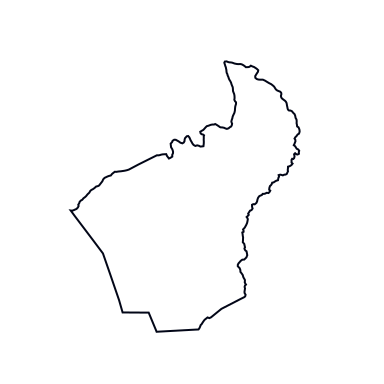 Maracás, Bahia, Brazil (Albers equal-area conic projection), rotated 209°
{"feature_id": "56859067B13324935934873", "entity_name": "Maracás", "entity_type": "district", "adm_level": 2, "iso_a3": "BRA", "parent_name": "Brazil", "parent_adm1": "Bahia", "projection": "albers", "projection_center": [-40.57, -13.536], "detail": "fine", "context": "isolated", "style": "outline", "palette": "ink", "viewbox_px": 384, "rotation_deg": 209, "n_neighbors": 0, "source": "geoboundaries", "source_scale": "gbopen_adm2", "svg_char_len": 5065}
<svg xmlns="http://www.w3.org/2000/svg" viewBox="0 0 384 384"><g transform="rotate(209 192 192)"><path d="M143.8,311.1L145.3,311.0L146.6,310.3L148.0,310.6L148.9,311.4L149.7,312.4L150.7,313.5L151.7,314.8L152.6,315.8L153.7,316.5L154.9,316.9L156.6,317.1L158.5,317.4L159.7,317.9L160.8,319.1L161.3,321.0L162.1,322.0L163.4,322.5L165.0,322.3L166.7,322.1L168.4,322.4L169.5,323.0L171.3,324.0L173.1,324.4L175.0,324.7L177.3,324.6L180.2,324.7L182.2,324.8L184.5,324.6L186.0,323.8L187.2,323.1L188.6,322.5L190.2,322.2L192.0,322.6L192.9,324.0L192.8,326.8L192.6,329.1L193.1,330.6L194.4,331.0L195.6,331.2L198.3,331.4L200.1,331.1L201.8,331.0L202.4,329.4L203.6,328.3L205.4,327.3L206.8,327.6L208.4,327.8L210.1,327.8L211.4,327.5L213.7,326.2L214.8,325.7L217.0,325.0L219.6,324.6L221.0,324.1L222.2,323.5L223.3,323.2L225.1,323.0L226.5,322.0L226.4,320.7L225.0,319.4L223.8,318.2L222.9,317.5L222.0,316.4L221.1,315.4L220.4,314.3L219.4,313.0L218.3,312.3L217.3,311.2L215.8,310.1L214.8,309.1L213.7,308.3L212.4,307.6L210.9,306.6L209.6,305.3L208.5,304.4L207.2,303.4L206.2,302.0L205.1,300.2L203.6,298.9L202.7,298.2L201.6,296.9L200.9,295.8L200.3,294.8L199.7,293.2L198.3,292.2L197.0,291.8L196.2,290.4L195.9,288.9L195.6,287.7L194.8,285.8L193.9,283.9L193.3,281.8L193.2,279.9L193.1,278.5L192.9,277.3L192.5,276.2L192.2,274.4L191.8,272.8L191.0,271.9L190.1,271.3L189.6,269.9L189.5,268.3L190.3,267.0L190.9,265.4L192.1,264.1L193.6,263.8L195.1,263.7L197.0,263.1L198.0,262.5L199.1,262.3L200.4,262.5L201.7,262.6L203.5,262.7L204.7,262.7L205.4,261.7L206.9,260.9L208.2,259.8L209.6,258.1L211.0,256.7L211.5,254.9L211.9,253.0L212.2,251.8L213.0,250.5L214.0,248.7L212.9,247.5L211.7,247.2L210.2,247.6L208.9,247.4L208.6,246.1L207.9,245.0L207.1,243.4L206.1,241.8L205.4,240.5L204.7,238.9L204.2,237.6L205.6,236.5L206.8,235.8L208.3,235.8L210.1,235.3L211.4,233.9L213.4,233.9L215.1,234.6L216.8,235.7L218.2,236.5L219.6,237.6L220.8,238.5L222.5,239.1L223.6,238.2L224.2,235.6L223.8,234.1L223.2,232.8L223.2,231.3L224.0,229.9L226.0,229.5L228.2,229.8L229.6,229.8L231.5,229.8L232.9,229.1L233.8,227.4L233.6,226.0L234.1,223.9L232.8,222.1L232.0,221.0L229.9,219.8L228.8,218.8L228.0,217.9L227.4,216.6L227.3,214.9L226.4,213.4L227.4,211.5L228.4,210.1L230.2,210.9L231.5,211.5L232.9,212.6L234.5,211.6L235.9,210.7L237.2,209.6L238.0,208.7L239.1,207.8L240.5,207.1L252.1,190.2L258.1,181.0L259.3,179.7L260.6,178.5L261.8,177.5L263.0,176.6L264.3,175.6L266.1,174.4L268.0,172.9L269.3,172.3L269.9,171.0L270.7,169.0L271.0,167.1L272.5,165.7L273.5,164.5L274.2,163.5L275.3,162.0L275.8,160.0L275.6,157.9L275.9,156.0L276.2,154.1L276.4,152.7L277.1,151.6L278.5,150.3L279.2,148.2L280.0,146.5L281.0,145.0L281.5,143.6L281.5,141.6L282.2,139.5L282.4,138.4L282.6,137.1L283.1,135.6L283.9,133.9L284.2,132.0L285.0,130.8L285.5,129.0L285.2,127.4L285.3,125.7L284.4,124.8L284.3,123.1L284.8,121.2L286.1,119.5L287.0,118.3L288.1,117.4L289.1,117.0L283.0,114.2L254.8,101.7L240.1,95.1L223.8,80.5L216.6,74.0L203.3,62.0L198.6,57.3L194.3,53.0L171.4,65.5L158.8,55.5L156.9,54.0L155.2,52.6L123.4,72.6L119.7,74.9L119.5,76.3L119.6,78.1L119.9,79.8L119.5,81.1L119.4,83.2L119.2,85.2L119.0,86.4L118.5,87.6L117.6,89.8L115.7,90.1L114.6,91.6L113.4,94.6L109.6,104.1L97.7,121.9L95.3,125.4L94.9,126.5L95.3,128.1L97.1,129.2L97.8,130.4L98.3,131.8L98.9,133.4L100.0,134.5L100.3,135.9L99.9,137.2L100.9,137.7L102.1,138.6L102.6,139.9L103.3,140.9L104.4,141.5L105.7,142.3L107.4,144.0L109.2,144.9L110.9,145.6L111.9,147.2L113.4,148.5L114.5,148.8L116.0,149.3L116.7,150.7L116.7,152.2L116.4,153.5L116.0,155.4L115.2,157.2L113.6,158.2L113.1,159.8L112.7,161.2L112.9,162.3L113.0,163.5L114.0,164.7L114.8,165.7L115.6,166.6L116.8,166.7L117.9,167.2L118.8,168.1L118.8,169.3L119.9,170.5L121.1,171.9L123.2,172.7L124.0,174.5L124.6,175.6L125.2,176.9L126.5,178.5L127.4,179.8L128.4,181.0L127.6,182.2L128.2,183.2L129.2,184.0L128.9,185.2L128.6,186.4L128.6,187.8L128.6,189.4L128.8,191.6L129.3,193.3L130.0,195.3L130.8,196.0L132.1,196.6L131.7,197.8L131.3,199.5L132.4,200.3L132.3,202.0L132.2,203.8L131.2,205.0L131.0,206.9L132.3,208.2L133.3,209.9L132.5,211.1L131.2,211.6L130.4,213.6L130.5,215.3L131.1,217.2L131.4,219.1L131.1,221.1L130.1,222.4L129.4,223.4L129.3,224.6L128.2,225.2L127.2,226.1L126.3,227.5L124.6,228.2L124.2,229.7L124.2,231.1L125.6,231.4L126.3,233.0L126.7,235.0L126.3,236.1L126.1,237.3L126.4,239.0L125.3,239.9L124.5,241.5L123.7,242.8L122.5,244.0L123.3,246.3L123.3,247.6L124.4,248.8L123.3,249.9L121.8,250.4L120.6,250.6L119.7,251.9L118.6,252.6L117.9,253.7L118.0,255.1L118.1,256.7L118.9,257.6L119.5,259.1L120.3,260.7L119.1,261.9L118.1,263.7L117.8,265.6L119.2,266.0L119.9,267.3L120.5,268.3L120.5,269.6L119.4,270.0L119.1,271.2L119.6,272.9L121.0,274.5L120.6,275.9L119.0,275.6L117.8,276.0L117.0,277.3L118.0,278.8L118.2,280.0L119.7,280.7L121.4,280.6L122.7,281.3L123.9,282.0L125.7,282.3L125.7,283.8L125.9,284.9L126.1,286.5L127.0,287.8L128.2,288.4L128.2,289.9L127.7,291.6L127.5,293.5L126.7,294.9L127.1,296.9L128.0,298.3L128.9,299.2L130.2,300.2L131.8,300.3L133.0,301.9L133.9,302.9L134.4,304.0L135.1,305.2L135.8,306.1L137.3,307.0L138.7,308.7L140.0,309.8L141.8,310.3L143.8,311.1Z" fill="none" stroke="#020617" stroke-width="2"/></g></svg>